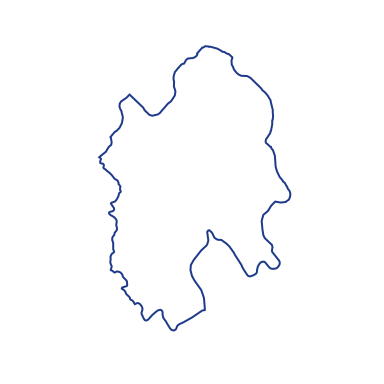 Tajumulco, San Marcos, Guatemala, rotated 314°
{"feature_id": "79465075B52566348974333", "entity_name": "Tajumulco", "entity_type": "district", "adm_level": 2, "iso_a3": "GTM", "parent_name": "Guatemala", "parent_adm1": "San Marcos", "projection": "robinson", "projection_center": [-92.003, 15.058], "detail": "fine", "context": "isolated", "style": "outline", "palette": "blue", "viewbox_px": 384, "rotation_deg": 314, "n_neighbors": 0, "source": "geoboundaries", "source_scale": "gbopen_adm2", "svg_char_len": 5202}
<svg xmlns="http://www.w3.org/2000/svg" viewBox="0 0 384 384"><g transform="rotate(314 192 192)"><path d="M152.6,101.1L152.8,102.5L152.5,103.6L151.5,104.1L150.4,104.6L149.8,105.0L149.2,106.0L149.7,107.1L150.1,107.7L150.5,108.4L150.4,109.1L150.2,109.9L149.7,110.3L148.8,110.8L148.1,111.2L147.8,111.8L147.8,112.7L148.1,113.9L148.1,115.3L148.4,118.7L148.5,121.9L148.2,124.2L147.7,127.1L148.5,130.1L148.3,131.0L147.9,132.0L147.6,132.8L146.8,133.5L146.5,134.7L146.5,135.4L146.4,136.3L146.0,136.9L145.3,137.3L144.5,137.9L143.7,138.6L143.2,139.9L142.8,140.4L142.1,140.7L141.1,140.4L140.2,140.6L139.4,141.1L138.3,141.7L137.2,142.2L135.5,142.7L134.2,143.0L133.3,143.1L132.4,143.2L131.8,143.2L130.8,142.8L129.4,142.1L128.5,141.5L127.5,141.6L127.2,142.3L126.9,143.6L126.7,144.9L126.5,145.8L126.3,146.6L126.1,147.3L125.5,148.0L124.4,148.4L123.5,148.4L122.7,148.0L121.8,147.5L121.0,146.9L120.0,146.6L119.3,146.8L118.9,147.4L118.8,148.4L118.9,149.8L119.3,151.0L119.5,152.0L119.8,153.7L119.8,154.7L119.6,156.0L119.5,156.6L119.0,157.7L118.5,158.3L118.0,158.7L117.4,159.2L116.6,159.7L115.8,160.2L114.3,162.5L113.7,163.3L113.3,163.8L112.3,164.3L111.4,164.5L109.9,164.6L109.0,164.7L108.3,165.1L107.3,165.8L106.1,166.0L105.5,166.0L104.7,166.2L103.8,166.4L102.6,167.4L102.0,168.0L101.6,168.7L101.3,169.5L100.8,170.4L100.2,171.1L96.6,174.6L96.1,175.1L95.7,175.9L95.1,177.2L94.6,177.6L94.0,177.7L93.1,177.5L92.1,177.3L91.3,177.4L90.5,177.6L89.8,177.9L88.8,178.4L88.4,178.8L87.9,179.3L87.2,180.2L86.3,180.8L85.7,181.2L85.1,181.7L84.6,182.2L84.0,183.0L83.6,183.9L83.3,184.6L83.1,185.3L82.7,185.9L81.8,186.5L81.0,186.9L80.0,187.3L79.4,187.9L79.8,189.0L80.1,189.7L80.1,191.2L80.2,192.1L80.9,192.6L81.7,192.8L82.5,193.0L83.2,194.0L83.6,194.6L84.0,195.1L84.4,196.4L84.4,197.8L84.3,198.6L84.0,199.5L83.7,200.1L83.1,201.1L83.0,201.8L82.9,203.1L82.9,204.0L82.8,206.1L82.5,207.3L81.7,208.1L81.0,209.0L80.3,209.8L79.8,210.2L79.1,210.4L78.4,210.1L77.0,209.3L75.5,208.5L74.9,208.2L73.9,208.4L73.6,209.2L74.1,210.1L74.2,211.2L74.1,212.4L74.0,213.3L73.6,213.9L73.3,214.5L72.9,215.9L73.0,219.0L72.9,220.0L72.7,220.9L72.1,221.6L71.9,222.6L72.1,223.3L72.5,224.4L72.4,225.8L72.3,226.5L72.1,227.2L71.6,228.8L73.3,229.4L74.5,230.2L75.0,231.2L75.2,232.4L75.0,234.5L74.4,236.3L73.7,237.3L73.2,237.9L71.8,238.7L70.7,239.3L69.9,239.7L69.1,240.7L68.6,242.4L68.1,243.3L67.5,245.2L67.2,246.0L67.1,247.0L67.6,248.2L68.4,248.7L69.4,249.0L70.6,249.1L72.9,249.0L74.6,248.9L76.4,248.9L79.7,249.2L82.1,249.5L83.5,249.9L84.5,250.5L85.3,251.1L85.6,251.6L85.7,253.1L85.1,254.3L84.2,255.3L83.4,255.9L81.9,258.2L81.4,259.3L81.2,260.3L80.8,263.2L79.8,266.4L79.6,267.6L79.2,268.7L79.0,269.7L78.7,270.7L78.6,271.8L78.6,272.9L78.9,273.7L79.2,274.3L79.6,274.9L80.2,275.4L81.0,275.6L82.2,275.7L83.0,275.5L83.6,275.2L85.0,274.6L85.9,274.4L87.4,274.6L89.1,275.0L90.1,275.5L91.3,276.0L92.5,276.4L101.8,279.2L113.8,281.7L116.0,283.2L117.5,281.7L124.1,274.2L125.8,270.9L127.9,266.7L130.1,255.0L131.6,250.3L134.8,245.1L138.7,241.9L144.0,240.5L156.4,239.2L163.4,239.6L165.0,239.3L168.5,237.4L173.8,230.7L175.7,230.4L176.6,231.2L176.6,234.8L174.7,239.9L175.2,242.9L176.0,244.3L177.9,246.3L178.8,252.4L178.8,256.7L177.4,264.3L176.6,266.5L175.0,273.5L173.9,278.1L173.0,280.1L172.1,283.1L170.6,289.9L170.8,291.1L171.4,292.2L172.6,293.0L175.2,294.2L177.9,294.8L179.3,294.4L181.5,292.7L184.2,291.1L186.6,290.5L188.7,290.3L189.5,290.4L190.2,290.8L190.9,291.3L191.8,292.0L192.2,293.5L191.5,299.3L191.5,301.0L192.0,302.4L193.0,303.7L194.3,304.8L196.0,305.8L197.9,305.9L199.9,305.6L201.2,305.0L202.3,304.0L203.1,302.6L204.6,291.4L205.2,290.4L206.5,289.4L208.2,288.3L209.5,286.1L209.4,281.9L209.4,276.5L210.4,273.5L213.9,268.8L215.8,266.6L219.5,262.3L220.5,261.8L221.2,261.3L225.1,259.2L231.1,259.8L237.1,258.5L242.9,258.5L245.9,263.0L249.7,266.2L254.0,267.0L257.1,265.6L259.3,263.7L260.5,261.5L261.0,258.2L261.8,257.1L262.1,255.1L263.0,252.7L262.8,250.0L263.2,249.4L263.7,244.6L265.9,238.7L268.3,234.6L275.6,226.5L277.3,223.2L278.3,221.2L278.5,219.0L279.3,217.4L278.9,216.9L278.9,214.3L278.7,211.1L279.3,210.0L281.2,208.7L288.9,207.3L290.1,206.3L290.9,206.3L296.4,202.7L299.3,199.9L300.0,199.9L303.5,197.1L304.5,195.7L307.2,193.0L311.7,185.8L312.5,184.9L314.0,179.2L314.4,175.2L314.1,171.7L314.6,170.1L314.7,154.7L313.7,151.1L309.9,146.8L309.0,144.4L308.7,141.6L309.2,137.2L309.8,136.0L310.5,134.5L311.2,132.2L311.9,131.4L314.0,129.1L315.7,128.3L316.9,127.5L316.8,122.6L315.9,121.3L315.2,118.1L313.9,116.1L313.9,115.0L312.7,110.6L310.2,106.0L309.6,104.6L308.3,103.6L308.2,102.8L306.0,100.2L303.8,99.8L303.1,99.1L295.2,99.4L294.6,100.3L293.2,100.7L291.0,100.4L289.0,99.6L286.2,97.2L285.2,96.3L283.0,96.0L278.9,97.1L277.3,96.1L275.8,95.8L271.0,96.0L266.3,96.4L262.2,98.6L260.1,100.6L258.8,102.6L255.3,105.7L253.2,109.7L252.5,110.5L249.5,112.6L242.8,113.9L238.7,113.3L226.3,114.0L224.0,113.5L222.0,112.2L219.3,110.5L217.9,107.8L217.9,101.3L218.8,98.1L218.7,79.4L214.5,79.4L207.9,78.1L205.5,78.6L203.1,80.4L202.0,82.5L201.0,85.4L200.3,86.2L198.4,89.4L197.7,90.3L197.2,90.8L192.7,93.8L187.8,95.3L183.6,95.3L181.5,94.7L177.2,95.0L174.8,95.2L174.6,96.1L173.4,97.7L171.9,99.7L169.8,101.1L166.6,100.8L161.0,102.1L154.1,101.2L152.6,101.1Z" fill="none" stroke="#1e3a8a" stroke-width="2"/></g></svg>